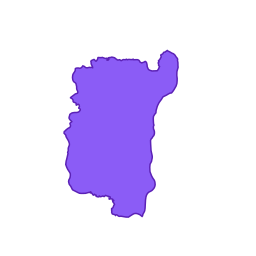 Phonthong, Champasak, Laos (Mercator projection), rotated 53°
{"feature_id": "54806243B67434402908614", "entity_name": "Phonthong", "entity_type": "district", "adm_level": 2, "iso_a3": "LAO", "parent_name": "Laos", "parent_adm1": "Champasak", "projection": "mercator", "projection_center": [105.67, 15.132], "detail": "fine", "context": "isolated", "style": "filled", "palette": "violet", "viewbox_px": 256, "rotation_deg": 53, "n_neighbors": 0, "source": "geoboundaries", "source_scale": "gbopen_adm2", "svg_char_len": 5717}
<svg xmlns="http://www.w3.org/2000/svg" viewBox="0 0 256 256"><g transform="rotate(53 128 128)"><path d="M202.4,162.7L196.1,157.4L193.9,155.2L193.1,154.1L192.6,153.3L192.1,152.1L191.8,150.8L191.8,149.7L192.2,147.6L192.3,146.4L192.1,145.1L191.8,143.7L191.4,142.8L190.9,141.9L189.7,140.5L187.8,139.3L186.5,138.7L185.0,138.4L183.3,138.4L180.5,138.0L176.3,136.8L175.0,136.0L172.4,134.2L170.2,132.2L168.8,129.3L167.7,128.1L166.5,126.7L165.4,125.8L164.3,125.2L159.9,123.2L154.8,119.8L152.5,118.2L151.5,117.5L150.7,116.2L150.4,114.5L149.8,113.3L149.6,112.0L148.9,110.9L148.4,110.3L147.0,109.2L145.9,108.7L145.2,108.4L144.5,108.4L142.8,107.4L142.0,106.7L141.6,106.1L141.4,105.6L141.1,105.4L140.6,105.4L138.5,104.1L135.5,102.0L134.1,100.7L133.4,99.1L133.0,97.9L132.7,96.6L131.0,95.1L128.7,92.1L127.9,90.9L126.4,87.9L125.2,83.9L124.4,82.0L124.2,80.9L124.5,79.6L124.9,77.5L125.1,75.5L125.4,73.6L126.2,72.1L125.7,70.0L125.0,68.0L123.4,64.3L121.8,62.1L119.8,60.3L118.0,58.9L115.4,57.4L112.5,55.1L111.3,53.6L109.8,51.6L109.1,51.1L108.0,50.4L106.0,48.9L103.8,47.8L103.0,47.0L102.5,46.8L101.6,46.7L99.9,46.8L98.2,46.6L96.9,46.8L95.9,47.1L94.6,47.9L92.4,48.8L90.5,49.8L89.7,50.0L89.7,51.3L89.6,51.7L89.7,52.5L89.5,53.0L89.2,53.5L89.1,53.9L89.2,54.4L89.7,55.5L89.6,56.2L89.6,56.8L89.5,57.1L89.4,57.3L89.4,57.6L89.5,57.9L89.9,58.2L90.6,58.4L91.1,58.7L91.4,59.1L91.7,59.8L91.9,60.4L92.3,61.0L92.6,62.8L92.6,63.1L92.8,63.3L93.2,63.4L93.7,63.4L93.9,63.6L93.9,64.0L94.0,64.5L94.5,64.9L95.0,65.0L95.4,65.1L96.2,65.8L96.9,65.9L97.9,65.8L98.3,66.6L99.0,67.8L99.4,68.6L99.7,69.6L99.8,70.3L96.9,74.5L94.8,76.0L94.1,76.2L93.2,76.4L90.5,75.7L89.6,75.1L88.5,74.5L86.7,73.8L85.4,74.0L85.1,74.4L85.1,75.2L84.4,77.5L84.1,78.0L83.7,78.2L82.6,78.7L81.2,78.5L80.4,78.6L79.9,78.8L79.4,79.1L78.8,79.7L76.9,82.4L76.4,82.4L76.1,82.5L76.0,82.8L76.0,83.4L74.6,85.1L73.8,85.9L73.5,86.5L73.1,87.4L73.0,87.6L72.4,87.7L72.1,87.9L72.0,88.2L72.0,88.8L71.3,89.7L70.5,90.6L70.4,90.9L70.2,92.7L70.0,93.0L69.1,93.4L68.6,93.4L68.5,93.5L68.3,93.7L67.9,94.7L67.8,95.0L67.2,95.6L66.9,95.7L66.6,95.6L64.6,96.4L64.0,96.3L62.6,97.4L61.7,98.2L61.5,98.5L61.2,99.5L60.5,100.5L60.2,101.2L60.3,101.4L61.4,101.7L61.7,102.1L61.8,102.6L61.8,103.1L61.4,103.7L61.2,103.9L60.8,103.6L60.6,102.9L60.4,102.7L60.1,102.7L59.7,102.7L59.5,102.9L59.0,104.0L58.5,104.5L56.2,106.0L55.7,107.0L55.2,107.7L53.8,109.3L53.7,109.6L54.6,110.7L55.1,111.8L55.4,112.8L55.4,113.2L55.3,113.4L54.9,113.6L54.5,113.7L54.1,113.6L53.3,113.7L52.9,113.8L52.6,114.3L52.5,114.9L52.1,116.6L52.3,117.3L52.5,117.6L52.9,117.8L53.5,118.0L54.4,118.7L55.2,119.0L57.4,119.4L58.2,119.7L58.5,120.0L57.6,120.6L57.2,121.5L56.5,122.1L56.3,122.3L55.5,124.2L55.2,124.6L54.5,125.3L54.0,125.5L52.4,125.9L51.3,126.6L51.2,126.7L51.6,127.9L51.7,129.5L51.3,130.6L50.4,131.3L49.7,132.2L49.1,133.2L48.9,133.9L48.9,134.3L50.1,135.4L50.5,135.9L51.0,137.0L51.8,139.2L52.5,140.3L54.2,141.9L55.2,142.5L56.3,143.1L57.4,143.4L58.7,143.4L60.1,142.9L60.8,142.9L61.0,142.8L61.3,142.9L64.0,144.1L65.8,145.4L66.8,145.8L67.6,145.9L68.4,146.1L69.1,146.5L69.6,146.9L69.8,147.5L69.1,149.6L69.1,155.5L69.3,155.7L70.0,155.5L70.5,155.2L71.3,155.0L72.0,155.0L72.8,155.2L73.5,155.7L74.0,155.9L74.7,155.8L75.9,155.0L76.7,154.6L77.1,154.6L77.5,154.8L78.3,155.5L78.8,155.3L78.9,153.7L79.3,153.3L80.2,153.2L81.5,153.8L82.0,154.5L82.2,155.2L82.6,155.4L83.4,155.0L84.0,154.9L84.4,154.9L85.0,155.4L85.3,156.3L85.5,157.6L85.1,158.9L84.5,160.0L83.6,161.1L82.7,162.7L82.2,164.0L82.1,166.0L82.2,166.3L82.8,167.0L83.5,168.0L84.3,168.9L85.1,169.3L86.6,169.4L87.9,169.1L89.1,169.1L89.2,171.1L89.4,171.6L89.7,171.8L91.2,172.3L91.8,172.7L92.4,173.7L92.5,174.5L92.2,175.7L92.2,177.8L92.2,178.7L92.5,179.4L92.4,180.9L92.7,181.3L93.6,182.2L96.3,182.0L97.7,182.7L102.5,183.3L104.8,184.0L106.3,185.0L107.7,187.3L108.4,188.1L110.3,189.5L110.9,190.5L111.3,191.0L112.2,191.2L115.9,195.6L117.2,197.3L119.7,199.7L122.2,200.5L124.6,201.0L128.4,201.3L129.8,201.6L131.2,202.6L131.9,203.3L132.6,204.0L133.3,205.2L133.9,206.5L134.9,207.6L135.4,207.9L137.6,208.8L140.1,208.8L143.4,209.4L144.2,209.4L149.5,206.8L150.9,206.0L152.1,204.7L153.7,202.5L154.6,201.2L155.9,198.0L156.3,197.7L156.4,196.5L156.5,196.3L156.8,196.2L157.0,196.2L157.4,196.7L157.6,196.8L158.0,196.3L158.4,196.1L158.6,196.1L159.7,196.2L160.3,196.2L160.8,196.0L160.9,195.8L160.7,195.1L160.8,194.8L160.9,194.6L161.7,194.6L162.0,194.4L162.4,194.0L162.6,193.9L162.9,194.1L163.2,194.5L163.5,194.5L164.2,194.0L165.1,193.3L165.2,193.0L165.3,192.7L165.0,192.0L165.1,191.8L165.3,191.7L165.6,191.9L166.0,191.7L166.3,191.3L166.6,190.7L166.8,190.3L167.0,189.5L167.2,189.0L167.5,188.8L168.2,188.5L168.4,188.3L168.5,187.8L168.3,186.9L168.3,186.6L168.4,186.4L168.9,186.1L169.8,185.6L170.3,185.1L170.5,184.9L170.8,184.8L171.1,185.0L171.2,184.9L171.7,184.0L172.0,183.8L172.3,183.8L172.7,183.9L173.5,184.6L173.7,184.8L173.6,185.1L173.0,185.3L172.9,185.4L173.0,185.6L173.4,185.8L173.7,185.6L174.2,184.3L174.4,184.1L175.3,183.4L175.6,183.2L175.8,183.3L176.1,183.7L176.4,183.9L176.6,183.7L176.8,183.2L177.0,183.0L177.3,183.0L177.5,183.3L177.3,183.9L177.3,184.2L177.5,184.4L178.6,184.6L179.3,184.5L180.2,184.6L180.9,184.8L181.0,185.1L181.1,185.6L181.2,185.8L182.0,187.1L182.6,188.0L182.6,188.3L182.5,189.3L182.6,189.7L182.9,190.0L183.4,190.1L184.1,190.7L184.2,190.9L184.8,191.1L185.5,191.8L186.0,192.0L186.3,192.1L186.9,192.0L187.3,192.2L188.0,191.7L189.0,190.9L189.8,190.6L190.3,190.6L190.2,189.7L190.4,189.4L190.7,189.2L192.3,188.7L192.7,188.6L193.2,188.1L193.6,187.8L194.1,186.8L197.8,183.3L199.4,181.3L199.7,177.2L200.0,174.8L200.5,173.9L201.0,173.1L201.6,172.5L202.6,171.7L204.4,170.7L207.1,170.0L207.0,169.4L206.6,168.8L206.2,168.5L205.9,168.0L204.5,165.0L203.8,164.1L202.4,162.7Z" fill="#8b5cf6" stroke="#5b21b6" stroke-width="1.5"/></g></svg>